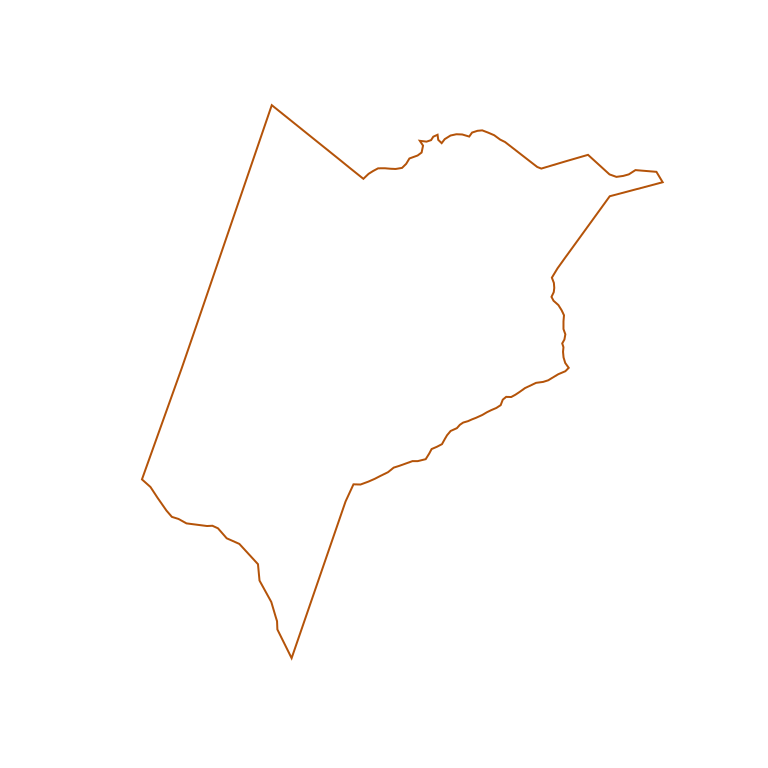 Tabuleiro do Norte, Ceará, Brazil, rotated 109°
{"feature_id": "56859067B32879374314825", "entity_name": "Tabuleiro do Norte", "entity_type": "district", "adm_level": 2, "iso_a3": "BRA", "parent_name": "Brazil", "parent_adm1": "Ceará", "projection": "robinson", "projection_center": [-38.067, -5.298], "detail": "fine", "context": "isolated", "style": "outline", "palette": "amber", "viewbox_px": 768, "rotation_deg": 109, "n_neighbors": 0, "source": "geoboundaries", "source_scale": "gbopen_adm2", "svg_char_len": 1796}
<svg xmlns="http://www.w3.org/2000/svg" viewBox="0 0 768 768"><g transform="rotate(109 384 384)"><path d="M553.0,581.8L557.4,571.3L565.3,561.1L574.5,548.5L578.7,541.3L578.5,534.4L580.1,525.4L575.9,505.1L573.9,500.1L574.5,494.0L581.1,482.5L582.3,468.7L595.4,444.5L610.4,437.7L626.8,419.6L639.7,410.4L643.1,407.9L650.8,404.9L673.3,382.1L507.6,382.1L488.8,380.2L486.7,373.5L481.4,367.0L476.7,361.9L472.0,357.4L466.1,351.5L459.9,347.6L456.5,343.0L447.6,331.9L446.0,327.1L441.5,320.1L435.0,318.6L430.0,317.8L426.1,313.5L422.0,309.6L416.3,308.6L411.9,307.7L406.7,305.7L402.0,300.7L397.9,299.0L394.7,296.6L391.8,292.5L388.8,289.3L386.2,286.2L381.2,280.9L377.2,277.5L373.7,274.0L370.1,270.0L366.0,266.8L360.1,266.6L356.4,264.3L354.9,259.5L351.4,256.3L347.9,253.6L341.9,249.3L333.4,240.6L330.2,234.2L327.0,229.9L323.6,227.1L318.0,222.4L312.9,216.7L308.6,214.6L305.1,219.5L300.4,222.9L295.3,225.2L290.8,226.3L287.6,228.7L283.2,227.9L278.0,228.7L273.6,232.2L266.3,234.7L260.4,236.2L256.5,240.0L252.6,244.8L250.1,250.8L247.1,254.0L241.9,253.4L237.7,254.3L233.1,256.3L228.8,259.9L218.2,257.6L206.1,254.0L187.5,248.3L133.0,231.7L102.5,186.2L94.7,195.5L99.9,215.9L106.1,220.8L109.4,225.6L112.5,231.7L112.4,239.0L100.9,265.7L114.0,284.3L129.1,305.4L128.9,309.8L115.8,348.3L115.1,353.7L112.9,360.8L112.4,367.6L112.2,373.7L114.2,378.1L117.6,382.6L122.3,384.0L122.6,391.3L124.3,396.9L127.4,402.0L132.7,406.3L137.5,407.9L135.5,412.2L130.9,414.5L134.1,417.9L138.1,418.9L141.0,422.7L142.4,429.3L145.9,424.7L152.9,423.8L157.0,426.6L162.5,433.4L168.6,434.7L173.8,437.3L176.9,443.0L178.4,448.1L179.8,453.7L182.0,459.8L186.1,463.6L190.3,467.0L196.7,470.3L190.7,487.1L186.2,499.4L156.9,580.9L251.3,580.7L302.9,580.6L386.0,580.4L392.6,580.4L434.7,580.4L553.0,581.8Z" fill="none" stroke="#b45309" stroke-width="2"/></g></svg>